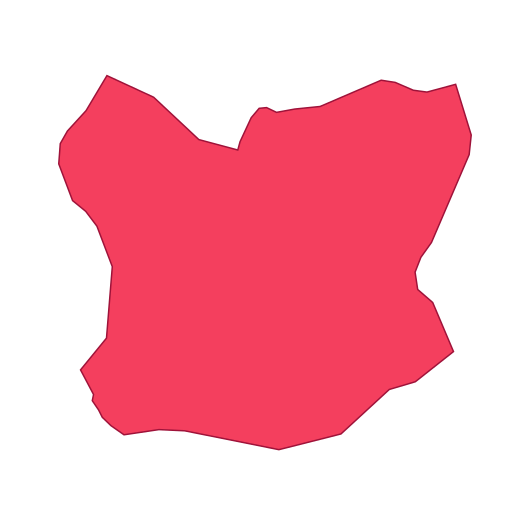 the border of Grosuplje, rotated 276°
{"feature_id": "SVN-950", "entity_name": "Grosuplje", "entity_type": "Municipality", "adm_level": 1, "iso_a3": "SVN", "parent_name": "Slovenia", "parent_adm1": "", "projection": "natural_earth1", "projection_center": [14.681, 45.943], "detail": "fine", "context": "isolated", "style": "filled", "palette": "rose", "viewbox_px": 512, "rotation_deg": 276, "n_neighbors": 0, "source": "natural_earth", "source_scale": "10m", "svg_char_len": 716}
<svg xmlns="http://www.w3.org/2000/svg" viewBox="0 0 512 512"><g transform="rotate(276 256 256)"><path d="M419.8,88.9L403.2,137.6L365.8,187.0L359.5,226.8L368.0,228.2L393.1,236.8L403.2,243.7L404.7,251.0L401.0,261.4L406.2,279.2L411.4,304.1L443.9,362.1L443.2,376.3L437.3,395.1L436.9,408.9L447.6,436.6L398.8,457.4L379.1,457.4L287.8,429.1L271.9,420.1L256.6,415.9L239.6,420.3L228.2,436.6L181.6,462.4L147.6,427.6L137.2,402.5L87.9,359.1L65.8,299.0L74.7,203.3L73.2,177.6L64.4,143.4L72.1,129.5L79.5,120.0L86.5,115.5L95.0,108.3L101.3,108.9L124.4,93.4L158.7,115.9L230.4,114.2L269.0,94.7L282.6,82.0L291.9,67.8L327.0,50.2L347.3,49.6L360.6,55.4L382.8,71.8L419.8,88.9Z" fill="#f43f5e" stroke="#9f1239" stroke-width="1.5"/></g></svg>